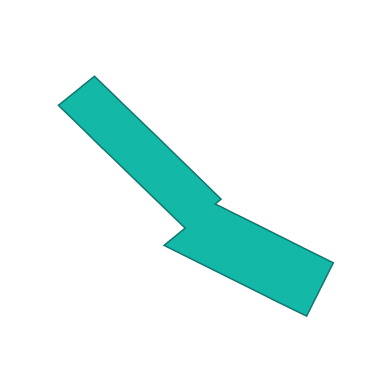 Quitilipi, Chaco, Argentina, rotated 116°
{"feature_id": "61730980B60915850555314", "entity_name": "Quitilipi", "entity_type": "district", "adm_level": 2, "iso_a3": "ARG", "parent_name": "Argentina", "parent_adm1": "Chaco", "projection": "equal_earth", "projection_center": [-60.193, -26.7], "detail": "fine", "context": "isolated", "style": "filled", "palette": "teal", "viewbox_px": 384, "rotation_deg": 116, "n_neighbors": 0, "source": "geoboundaries", "source_scale": "gbopen_adm2", "svg_char_len": 1048}
<svg xmlns="http://www.w3.org/2000/svg" viewBox="0 0 384 384"><g transform="rotate(116 192 192)"><path d="M223.6,34.3L221.6,34.3L220.6,34.2L196.7,34.0L193.7,33.9L193.7,37.4L193.5,66.4L193.5,68.1L193.4,69.9L193.4,73.4L193.1,102.4L193.1,105.6L193.1,106.0L193.0,107.3L192.8,138.4L192.8,141.9L192.8,142.9L192.8,144.5L192.8,145.6L192.6,163.8L192.6,165.2L192.6,165.9L188.5,164.0L185.7,162.7L184.6,166.1L175.7,192.8L174.7,196.0L173.6,199.2L173.5,199.5L164.7,226.3L163.6,229.7L158.0,246.4L157.1,249.2L154.3,258.0L153.7,260.0L152.6,263.3L151.9,265.4L141.7,296.9L140.6,300.1L134.0,320.3L131.8,327.1L130.7,330.3L133.4,331.7L142.0,335.7L144.5,337.0L146.6,337.8L170.0,348.8L172.6,350.1L173.1,348.8L183.6,316.6L192.1,291.5L192.4,289.9L208.3,241.2L211.1,232.6L226.4,185.6L227.4,182.3L248.5,192.0L252.2,193.7L252.3,185.3L252.9,107.9L252.9,106.7L252.9,103.4L253.2,74.3L253.3,70.6L253.3,66.1L253.3,43.4L253.3,34.6L251.4,34.6L249.4,34.6L247.6,34.5L245.2,34.5L243.8,34.5L226.6,34.3L225.2,34.3L223.6,34.3Z" fill="#14b8a6" stroke="#0f766e" stroke-width="1.5"/></g></svg>